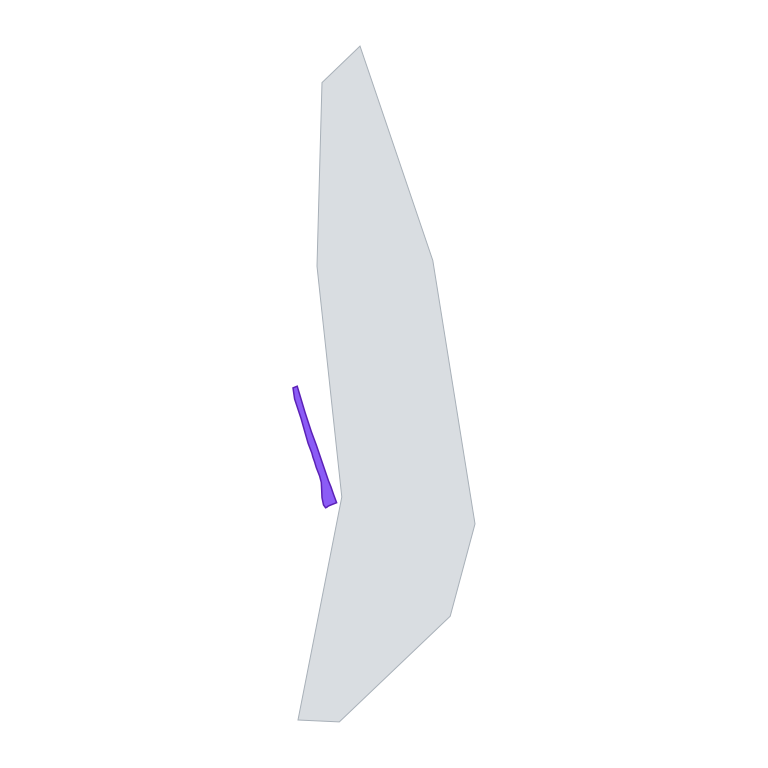 Teone, Tuvalu shown in context
{"feature_id": "33948139B32813308345680", "entity_name": "Teone", "entity_type": "district", "adm_level": 2, "iso_a3": "TUV", "parent_name": "Tuvalu", "parent_adm1": "", "projection": "natural_earth1", "projection_center": [179.198, -8.507], "detail": "fine", "context": "in_parent", "style": "filled", "palette": "violet", "viewbox_px": 768, "rotation_deg": 0, "n_neighbors": 0, "source": "geoboundaries", "source_scale": "gbopen_adm2", "svg_char_len": 696}
<svg xmlns="http://www.w3.org/2000/svg" viewBox="0 0 768 768"><path d="M450.2,616.2L339.3,721.9L298.0,720.0L341.8,497.0L317.0,266.2L322.0,82.6L360.0,46.1L432.8,260.5L475.0,523.9L450.2,616.2Z" fill="#d9dde1" stroke="#a8b0b8" stroke-width="1"/><path d="M293.0,387.9L294.6,399.0L301.1,418.6L304.4,430.3L308.1,443.3L311.9,453.2L312.9,457.1L314.7,462.2L315.3,464.3L316.3,467.6L319.6,476.0L321.3,482.4L321.7,490.5L322.0,497.7L323.5,504.9L325.6,507.8L327.1,507.1L327.6,506.5L329.3,505.6L331.1,504.9L336.6,502.7L333.5,494.3L331.0,487.0L328.4,480.6L326.5,475.0L321.1,459.2L316.4,445.3L311.3,431.6L310.2,428.2L305.0,412.3L297.2,386.2L293.0,387.9Z" fill="#8b5cf6" stroke="#5b21b6" stroke-width="1.5"/></svg>